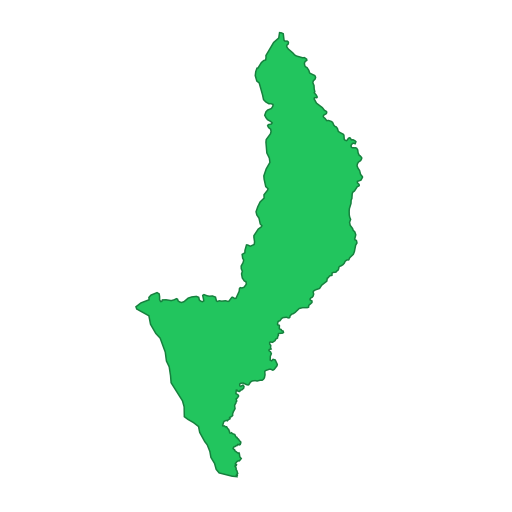 San Ramon, Canelones, Uruguay (orthographic projection), rotated 119°
{"feature_id": "84410073B4284999044109", "entity_name": "San Ramon", "entity_type": "district", "adm_level": 2, "iso_a3": "URY", "parent_name": "Uruguay", "parent_adm1": "Canelones", "projection": "orthographic", "projection_center": [-55.941, -34.32], "detail": "fine", "context": "isolated", "style": "filled", "palette": "green", "viewbox_px": 512, "rotation_deg": 119, "n_neighbors": 0, "source": "geoboundaries", "source_scale": "gbopen_adm2", "svg_char_len": 6109}
<svg xmlns="http://www.w3.org/2000/svg" viewBox="0 0 512 512"><g transform="rotate(119 256 256)"><path d="M458.3,165.8L457.6,166.6L457.2,165.9L456.8,166.0L456.3,167.0L455.2,166.5L453.0,168.7L452.4,170.0L451.1,170.5L450.1,172.4L449.2,172.6L448.9,171.7L447.9,171.9L448.0,172.9L447.6,173.4L445.0,173.0L443.6,172.0L443.2,171.2L440.3,170.7L439.5,172.8L437.0,174.7L437.0,175.5L436.6,175.6L436.9,175.9L437.1,176.7L436.5,180.3L435.7,180.9L435.9,181.9L435.4,182.8L433.7,182.8L432.6,181.8L431.6,181.5L431.1,180.7L429.7,180.7L429.4,180.3L429.5,179.2L428.5,178.4L427.9,179.0L427.0,178.6L426.0,179.2L425.6,180.8L424.6,182.7L424.7,183.8L423.9,184.6L423.9,186.1L422.4,188.0L422.8,190.5L422.4,191.7L423.2,192.2L423.5,193.0L423.1,193.6L422.0,194.3L422.0,194.9L420.9,195.8L420.7,197.1L419.6,198.9L420.3,200.0L419.9,201.1L420.7,202.6L420.4,203.0L416.9,203.8L415.9,203.7L414.2,202.3L414.0,201.1L412.7,200.9L410.9,199.8L410.0,200.8L408.2,199.5L406.7,199.1L405.5,199.9L403.3,200.3L399.7,200.3L397.5,202.0L396.5,202.4L394.3,202.3L393.3,202.7L392.2,202.5L390.6,204.1L389.3,203.5L387.1,203.3L386.5,203.7L386.1,204.7L386.1,206.9L382.8,208.2L382.5,207.6L383.0,206.3L382.6,204.8L382.2,204.5L381.3,204.8L379.8,203.4L377.6,202.7L376.0,203.2L375.2,204.6L375.6,205.2L377.4,206.0L377.6,206.5L377.2,207.4L375.9,208.2L374.8,207.8L373.3,205.5L373.1,201.9L372.6,200.3L372.0,199.9L368.9,199.7L367.0,198.6L365.4,196.3L364.8,194.4L362.6,192.1L361.7,190.4L360.1,189.7L358.4,189.6L355.6,190.5L352.7,192.4L351.6,192.1L348.5,189.4L347.9,188.2L347.7,185.9L346.3,185.1L341.9,184.4L340.5,184.8L337.6,188.8L338.1,191.0L340.1,191.5L340.2,193.1L336.7,194.9L334.0,195.2L332.8,196.8L332.6,198.4L332.1,199.1L331.2,199.0L330.0,197.7L329.2,198.8L327.0,199.8L326.5,201.3L324.9,202.2L324.2,201.7L323.5,199.7L320.7,198.3L319.2,198.5L317.4,197.4L315.9,198.0L314.5,197.9L313.8,198.6L312.9,198.7L310.5,195.3L309.5,194.9L308.5,195.9L308.8,197.2L308.1,198.4L308.4,199.8L308.2,200.4L305.5,201.8L305.3,202.2L305.7,203.6L305.3,204.1L302.8,204.9L302.1,204.7L301.1,203.7L298.3,203.3L296.9,202.6L294.8,199.7L294.5,197.8L294.0,197.0L293.2,196.7L292.0,197.2L289.6,196.6L288.3,195.4L286.3,194.4L281.0,192.8L278.6,190.2L276.3,186.1L275.3,185.2L273.6,185.9L269.6,184.5L268.2,185.2L268.2,187.3L267.5,187.9L265.7,187.6L265.0,186.9L263.4,186.6L261.3,187.1L259.8,188.6L258.6,188.6L256.8,187.6L253.6,184.7L249.7,184.4L243.7,181.9L240.8,182.9L240.0,182.3L237.7,182.0L236.1,180.2L234.0,181.2L232.7,180.3L232.0,179.0L231.0,178.1L230.1,178.1L228.8,177.4L227.0,177.5L225.9,178.1L224.5,177.8L223.2,176.7L221.3,175.7L219.3,175.3L217.6,175.5L216.2,175.0L215.1,174.3L214.7,173.3L214.3,173.0L212.1,173.2L207.3,171.7L204.4,172.1L198.2,174.1L195.7,174.0L194.0,175.4L193.7,176.1L193.9,177.1L193.3,177.9L189.1,179.0L187.0,181.3L186.4,183.5L185.1,184.9L183.5,188.5L181.2,190.5L178.1,191.0L176.7,192.8L174.8,194.4L171.5,196.3L169.3,197.3L164.0,198.4L161.0,199.9L159.3,200.0L155.0,202.0L153.4,202.3L151.4,201.4L146.2,201.0L144.9,200.0L144.3,199.9L143.4,200.6L142.9,202.7L141.6,203.5L138.8,201.0L135.6,201.0L135.0,201.4L133.9,204.1L131.0,206.9L129.8,209.3L128.1,211.4L126.1,212.0L124.1,211.9L122.0,210.8L121.1,210.7L119.5,210.8L118.7,211.3L117.9,213.5L117.9,214.5L116.3,216.7L113.9,218.5L113.0,220.1L113.0,221.1L114.6,224.2L114.6,225.2L114.2,225.8L113.1,226.5L110.8,226.2L110.2,225.6L109.7,223.7L107.6,224.0L107.2,225.4L107.3,227.5L108.2,229.0L107.3,230.4L107.1,231.3L108.1,232.2L110.8,232.5L111.3,232.8L111.5,234.5L111.3,235.3L107.7,237.7L107.2,238.7L107.3,243.0L107.0,244.6L105.0,246.6L104.2,248.4L104.4,249.7L103.9,251.3L102.0,253.8L101.8,255.3L102.3,258.3L103.3,259.8L102.2,262.3L101.9,264.0L101.4,264.8L100.7,265.0L99.9,265.0L97.3,263.5L95.8,263.9L95.4,264.7L95.4,266.8L94.1,269.8L93.0,277.2L90.4,281.3L89.4,281.6L88.9,281.2L88.1,279.6L87.3,279.5L86.0,281.4L85.0,284.2L83.8,284.2L81.7,286.1L78.8,287.9L76.9,290.3L75.1,290.8L72.7,290.1L71.0,290.4L70.3,291.1L69.7,292.0L70.0,297.3L69.7,298.1L68.1,299.7L66.5,302.7L66.5,304.7L65.7,305.8L63.8,307.2L61.9,307.3L60.3,306.4L59.3,307.1L59.0,309.8L60.0,311.3L61.5,317.7L61.4,319.9L60.7,321.6L59.3,328.1L58.5,329.9L57.6,330.9L56.6,331.2L54.9,330.6L53.4,331.2L53.0,331.9L52.9,332.9L54.0,334.8L53.7,336.1L48.4,339.9L48.5,341.9L49.2,343.7L54.3,341.8L60.7,344.1L75.8,344.5L77.7,343.4L79.9,342.6L81.3,344.0L84.2,345.1L90.6,345.4L91.2,346.2L94.9,345.6L98.6,344.1L102.6,340.1L103.1,337.1L112.0,328.3L115.6,325.2L116.5,322.2L116.6,318.5L115.5,316.8L115.2,314.6L116.4,314.0L118.4,313.9L119.8,314.2L122.7,316.6L125.1,317.2L128.7,316.6L130.2,314.3L131.2,312.0L131.2,308.6L131.7,306.4L133.1,306.5L135.1,308.9L136.4,309.0L137.6,307.2L138.0,304.7L139.8,303.2L142.1,302.6L149.2,303.5L151.6,302.5L160.6,296.5L163.9,291.8L167.4,289.2L174.9,289.3L182.1,288.0L184.8,286.2L190.6,281.1L191.3,278.1L192.8,277.8L198.6,278.7L201.4,277.0L206.7,278.6L212.2,278.3L217.3,277.4L219.7,275.2L221.5,271.7L225.9,267.8L226.7,265.5L228.0,265.5L231.4,267.1L239.2,267.7L240.8,266.8L244.3,264.1L246.8,263.2L250.2,265.7L250.4,268.6L250.9,269.7L256.4,268.4L258.6,267.3L261.3,268.9L264.4,266.6L265.5,264.8L268.0,264.1L272.0,264.1L274.3,262.7L276.0,260.5L278.6,260.0L281.9,257.3L283.5,254.1L283.4,252.3L285.3,250.8L289.1,251.3L290.8,252.8L291.3,254.4L292.4,254.7L295.0,253.6L302.7,253.0L303.5,254.1L303.4,256.5L303.9,257.1L308.8,257.8L309.4,258.7L309.9,260.9L312.2,264.2L312.9,266.3L314.5,267.8L314.4,268.9L311.6,271.5L312.1,274.8L313.7,277.1L314.5,279.4L315.0,282.8L316.3,283.5L320.5,279.9L322.0,280.7L322.3,282.6L322.0,284.2L319.9,286.1L320.2,288.5L322.9,292.3L325.7,294.9L330.8,296.8L332.8,298.6L333.2,300.5L333.0,302.4L331.8,303.7L331.9,304.9L334.1,306.4L336.1,308.5L337.9,313.4L339.8,316.6L341.4,316.4L342.1,317.3L341.0,319.1L338.3,320.6L336.1,322.3L336.0,324.8L341.1,328.9L344.1,329.6L346.1,328.3L352.8,333.9L358.6,336.4L360.2,334.6L360.2,320.7L366.9,315.1L372.3,306.1L374.3,300.0L384.0,288.8L391.3,283.4L395.0,278.2L402.0,272.8L408.0,268.8L418.3,250.1L422.8,245.7L431.3,240.8L431.9,236.3L432.0,230.0L433.0,223.6L437.6,219.7L443.2,210.8L444.8,207.1L449.3,201.6L454.0,197.8L457.5,191.7L461.9,187.4L463.6,183.1L460.2,170.2L458.3,165.8Z" fill="#22c55e" stroke="#15803d" stroke-width="1.5"/></g></svg>